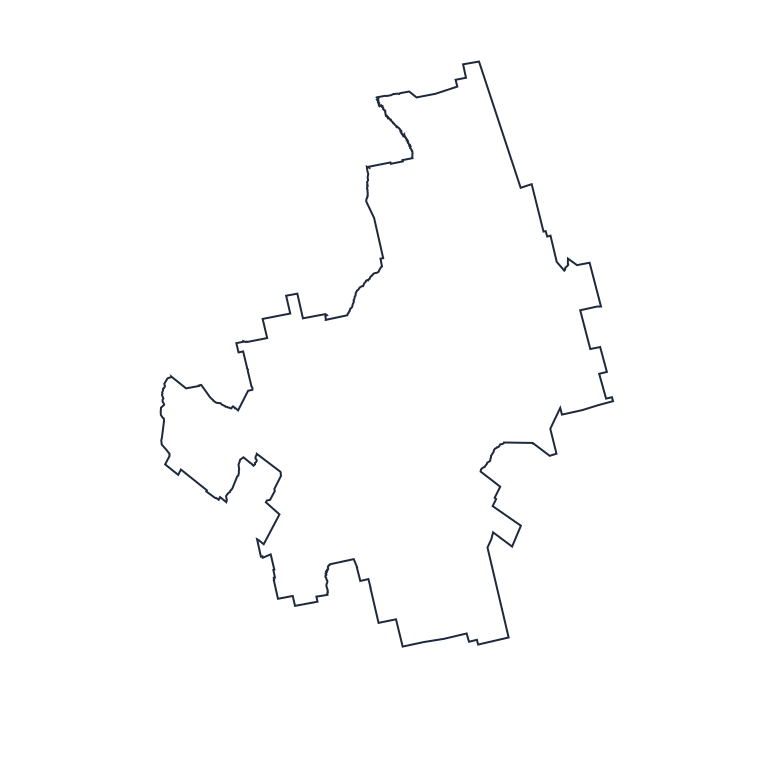 Barcoo, Queensland, Australia, rotated 162°
{"feature_id": "25037944B38568063774568", "entity_name": "Barcoo", "entity_type": "district", "adm_level": 2, "iso_a3": "AUS", "parent_name": "Australia", "parent_adm1": "Queensland", "projection": "equal_earth", "projection_center": [142.502, -25.173], "detail": "fine", "context": "isolated", "style": "outline", "palette": "slate", "viewbox_px": 768, "rotation_deg": 162, "n_neighbors": 0, "source": "geoboundaries", "source_scale": "gbopen_adm2", "svg_char_len": 6154}
<svg xmlns="http://www.w3.org/2000/svg" viewBox="0 0 768 768"><g transform="rotate(162 384 384)"><path d="M343.8,104.4L336.1,196.5L329.9,203.2L326.1,209.2L312.4,189.8L297.6,206.9L318.4,234.3L312.9,239.9L313.9,241.6L305.2,250.4L319.2,270.9L318.2,272.7L316.4,273.7L313.7,274.1L313.2,274.7L311.1,276.0L310.2,277.2L307.3,277.9L306.5,278.6L305.8,280.2L305.1,280.8L304.4,282.6L300.8,285.5L299.9,287.0L298.7,288.1L296.6,288.5L296.2,288.9L295.7,288.7L293.9,289.0L292.2,290.7L290.0,290.3L288.4,290.7L288.0,291.3L260.8,282.0L260.8,281.3L260.1,281.0L248.6,264.5L241.5,264.4L239.7,290.0L223.8,306.8L224.2,299.9L203.6,297.9L187.5,297.7L171.5,296.9L171.3,301.0L177.3,301.5L176.2,327.2L168.3,326.6L167.0,352.4L177.0,353.5L174.6,393.5L157.2,391.8L153.7,390.6L151.0,435.8L163.7,437.4L170.3,446.4L172.1,441.2L171.8,440.9L172.5,439.9L175.4,438.7L176.3,437.6L176.2,437.4L176.5,437.0L176.5,436.7L177.5,436.1L182.0,446.8L179.8,473.6L183.2,473.8L183.0,479.4L185.2,479.7L181.8,528.4L193.4,528.4L194.0,661.3L210.0,663.6L211.4,649.9L221.9,651.2L222.4,644.2L245.4,644.1L264.5,646.5L269.7,654.4L278.9,655.6L279.9,655.1L281.2,655.9L283.8,656.5L284.4,656.4L285.2,656.9L288.1,656.5L292.1,657.0L294.2,657.8L301.2,658.7L300.9,658.2L301.0,657.6L301.9,657.9L301.7,657.5L302.2,657.1L301.9,656.2L302.7,656.2L301.9,654.7L302.6,654.3L302.7,653.4L301.8,652.7L302.7,651.2L302.8,650.6L302.5,649.6L301.6,650.0L301.3,649.7L300.7,650.0L300.4,648.5L299.9,648.6L300.0,648.2L299.7,648.2L299.9,647.7L299.4,646.7L299.5,646.0L299.8,646.0L299.9,645.7L299.2,644.3L298.4,643.7L298.7,643.0L298.6,642.5L298.9,642.1L298.9,640.8L299.2,640.4L299.3,638.2L298.6,637.9L298.7,637.7L298.6,637.4L298.4,637.6L298.3,637.0L298.2,637.2L297.9,636.6L297.6,636.6L297.2,635.5L297.4,635.0L296.5,634.1L296.4,633.2L295.8,633.2L295.6,631.5L294.7,630.2L294.7,629.3L294.4,629.3L294.0,628.7L293.7,627.3L292.5,625.5L292.7,624.6L292.3,624.1L291.8,623.9L291.6,624.1L290.4,622.2L290.2,621.7L290.4,621.0L289.8,620.3L290.0,619.9L289.7,619.6L290.1,619.4L290.3,618.8L289.7,618.3L289.9,618.1L290.0,617.4L289.7,617.2L289.6,616.5L289.2,616.1L289.5,615.9L289.3,615.7L289.4,615.4L289.1,614.5L288.5,614.5L288.8,613.9L288.5,613.9L288.3,613.4L287.8,614.0L288.0,612.9L287.5,612.9L287.4,612.2L287.1,611.5L287.1,611.2L287.3,611.3L287.2,610.3L286.5,609.5L286.5,609.0L286.9,608.6L286.4,608.4L286.1,607.5L286.2,607.1L286.6,607.2L286.8,606.2L286.2,604.6L286.2,603.9L285.9,604.0L285.5,603.6L285.7,603.0L285.5,602.8L286.2,602.2L285.7,601.6L286.1,601.5L286.0,600.6L286.2,600.1L285.8,599.8L285.6,599.3L285.6,598.3L285.4,598.0L285.5,597.5L285.2,596.8L285.4,596.5L285.2,596.2L285.5,594.9L286.9,591.4L287.1,590.0L297.3,591.2L297.3,589.9L309.4,591.3L309.4,592.7L331.1,595.3L331.2,594.2L333.2,596.0L334.0,591.6L334.1,588.5L335.5,586.1L336.0,584.0L336.0,583.4L336.4,582.4L337.3,581.7L337.9,580.8L337.8,580.0L338.3,578.6L338.1,577.8L338.4,577.5L338.6,577.6L338.6,577.1L339.0,576.8L339.0,576.2L339.9,575.0L339.6,574.0L340.3,571.8L340.3,571.1L341.0,569.4L341.0,568.6L341.9,567.6L341.8,567.3L342.1,566.7L342.6,566.4L342.8,565.9L343.2,565.7L343.8,564.9L344.5,563.1L342.1,545.0L345.9,503.9L348.6,504.3L349.6,496.4L351.0,495.9L351.1,495.6L352.6,494.5L354.5,492.4L356.4,491.9L357.5,492.2L359.3,492.3L360.4,491.6L360.9,491.7L362.0,490.7L363.6,490.3L365.3,488.4L365.7,488.5L366.7,487.8L367.1,487.9L367.2,487.5L368.4,487.9L369.1,487.8L369.7,486.9L371.7,485.9L373.6,483.5L374.5,483.8L376.6,483.5L378.4,482.5L379.1,481.7L380.8,481.2L381.2,480.6L382.3,479.8L382.9,479.0L383.8,476.8L384.7,476.3L386.2,473.6L387.1,473.0L387.2,471.5L388.9,469.8L390.5,467.1L392.5,466.0L392.9,466.0L393.7,464.6L394.4,464.1L394.4,463.7L395.3,463.2L395.8,462.5L396.7,462.2L396.9,461.6L397.7,460.7L419.6,463.0L419.2,463.9L418.8,466.7L417.0,467.1L418.2,468.6L440.8,471.5L438.5,496.7L449.8,498.2L451.4,480.0L479.3,483.4L480.9,463.8L500.9,466.2L501.4,466.8L502.4,466.6L504.6,468.3L504.8,467.6L511.8,468.5L512.6,459.0L507.9,458.5L509.2,442.0L509.5,441.3L508.9,439.7L509.5,438.7L510.8,422.3L510.4,421.7L510.5,420.0L511.0,419.6L511.1,419.1L515.3,419.6L530.9,404.0L532.8,407.0L533.2,407.0L533.2,407.5L533.7,407.9L534.1,409.0L534.5,409.4L535.3,409.1L536.7,408.0L537.6,408.3L538.3,409.2L539.8,410.0L540.6,411.0L541.8,411.4L542.1,412.2L544.8,414.7L545.0,415.7L545.5,416.3L549.2,417.9L551.5,420.9L551.5,421.5L553.4,424.7L558.1,439.6L560.6,439.8L560.6,439.3L573.6,441.0L583.8,456.5L583.8,456.3L585.4,456.4L588.2,456.2L592.9,452.1L593.1,449.3L594.7,448.0L595.5,447.9L596.2,446.1L597.6,444.5L597.6,443.5L598.6,442.2L598.3,438.3L599.4,437.5L600.0,435.8L599.4,432.9L599.6,432.1L603.4,430.4L604.9,426.7L605.8,423.6L604.9,420.3L604.1,419.5L604.4,417.3L612.1,401.0L613.2,399.4L614.1,395.1L611.3,388.6L609.5,383.7L610.1,382.7L610.1,381.9L617.0,375.2L607.8,361.2L603.6,365.4L585.3,337.6L586.2,336.7L579.8,327.8L578.7,327.3L577.0,325.0L574.9,327.1L570.5,320.4L569.3,322.3L569.0,325.6L568.5,326.6L565.7,328.4L563.6,329.0L563.2,330.0L560.8,331.2L552.1,341.5L550.9,341.9L549.4,344.5L548.9,346.3L548.1,347.6L547.3,352.2L545.2,354.9L544.3,356.4L540.3,357.7L535.4,350.0L534.5,349.1L534.4,348.4L533.3,346.6L532.0,347.4L531.5,347.4L531.2,348.8L529.9,349.2L528.7,350.4L528.6,351.4L529.1,352.4L529.2,353.2L528.3,354.9L527.2,355.7L526.6,356.9L509.6,332.5L509.8,330.7L510.2,329.8L510.3,328.5L520.7,318.1L520.9,316.0L528.2,309.0L531.4,309.4L532.9,308.0L523.7,292.3L547.9,268.8L551.3,274.0L552.7,275.6L554.4,257.9L552.9,257.7L553.1,256.3L552.9,256.2L544.4,257.0L545.7,241.3L546.7,241.4L547.5,233.6L548.7,233.8L548.9,231.7L549.4,231.7L551.2,212.5L536.3,210.6L537.2,200.5L514.5,197.5L514.0,202.7L502.9,200.9L502.6,201.9L502.7,202.5L501.7,203.3L501.7,204.6L501.3,204.9L501.2,210.0L500.3,211.7L499.3,212.7L498.7,214.3L499.1,216.6L498.9,217.4L499.3,218.6L499.2,219.4L498.0,220.1L497.6,220.6L497.6,221.3L498.2,221.4L498.2,221.7L497.9,222.1L496.8,222.6L497.1,223.4L497.1,223.7L495.9,223.7L495.5,225.0L494.5,224.9L494.0,226.2L494.0,227.3L492.8,228.5L491.9,228.9L491.8,228.6L490.5,229.2L466.9,226.8L466.2,218.0L466.5,217.9L467.4,204.0L459.1,203.3L459.7,194.4L459.9,194.4L463.0,158.5L445.3,156.5L447.4,128.5L426.1,126.3L405.6,123.1L382.5,121.2L382.8,112.6L374.7,112.0L375.0,107.1L343.8,104.4Z" fill="none" stroke="#1e293b" stroke-width="2"/></g></svg>